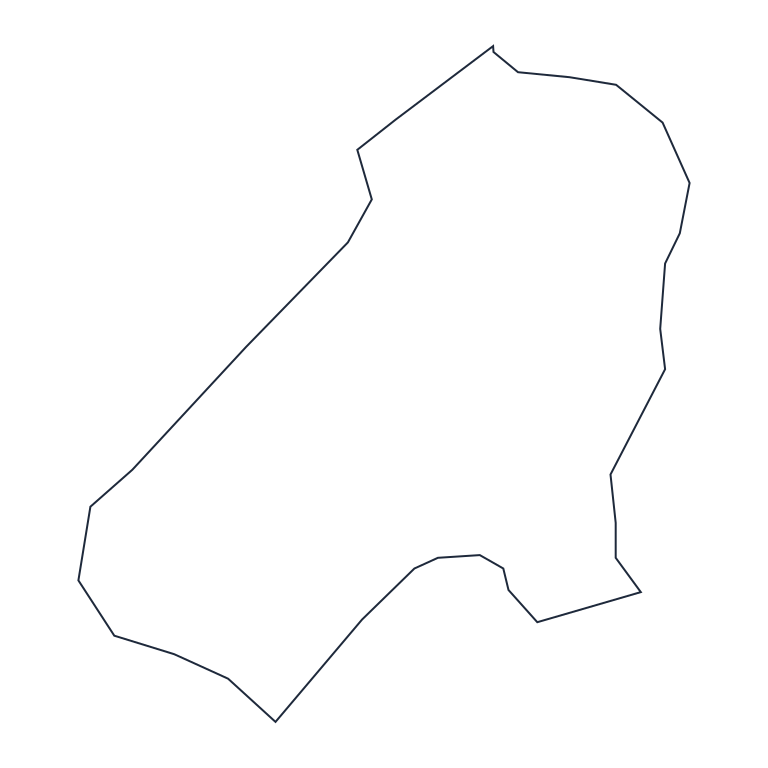 the district of Dalseo-gu, Daegu, South Korea, rotated 90°
{"feature_id": "91817680B1574399427608", "entity_name": "Dalseo-gu", "entity_type": "district", "adm_level": 2, "iso_a3": "KOR", "parent_name": "South Korea", "parent_adm1": "Daegu", "projection": "robinson", "projection_center": [128.53, 35.815], "detail": "fine", "context": "isolated", "style": "outline", "palette": "slate", "viewbox_px": 768, "rotation_deg": 90, "n_neighbors": 0, "source": "geoboundaries", "source_scale": "gbopen_adm2", "svg_char_len": 578}
<svg xmlns="http://www.w3.org/2000/svg" viewBox="0 0 768 768"><g transform="rotate(90 384 384)"><path d="M721.9,492.5L619.5,405.9L568.5,353.6L557.8,330.1L555.1,288.2L568.5,264.7L590.0,259.5L622.2,230.7L592.1,127.2L557.8,152.3L522.9,152.3L474.5,157.5L369.2,102.9L328.9,107.8L263.5,102.9L233.3,88.2L183.0,78.4L122.6,105.4L84.8,151.9L77.2,198.5L72.2,250.0L52.0,274.5L46.1,274.9L119.5,372.2L149.8,410.7L199.4,396.2L242.4,420.1L346.9,521.9L469.8,635.7L506.7,677.6L580.4,689.6L635.7,653.7L654.2,593.8L678.7,539.9L721.9,492.5Z" fill="none" stroke="#1e293b" stroke-width="2"/></g></svg>